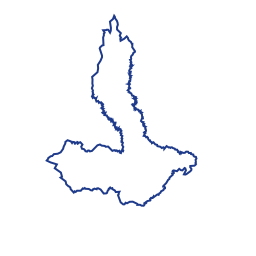 outline of Babahoyo, Los Rios, Ecuador, rotated 215°
{"feature_id": "8360857B44096543508351", "entity_name": "Babahoyo", "entity_type": "district", "adm_level": 2, "iso_a3": "ECU", "parent_name": "Ecuador", "parent_adm1": "Los Rios", "projection": "orthographic", "projection_center": [-79.421, -1.876], "detail": "fine", "context": "isolated", "style": "outline", "palette": "blue", "viewbox_px": 256, "rotation_deg": 215, "n_neighbors": 0, "source": "geoboundaries", "source_scale": "gbopen_adm2", "svg_char_len": 5884}
<svg xmlns="http://www.w3.org/2000/svg" viewBox="0 0 256 256"><g transform="rotate(215 128 128)"><path d="M124.4,147.2L125.8,147.5L125.6,148.3L126.4,147.9L126.5,148.5L127.1,148.4L127.5,149.1L127.7,148.5L129.0,148.7L128.9,148.2L130.5,148.8L131.9,148.2L132.2,147.4L132.6,148.0L133.2,147.2L133.6,148.4L134.1,148.0L134.4,148.7L137.4,149.4L137.4,150.0L137.9,150.0L137.7,150.4L136.1,150.5L136.3,151.1L135.6,151.6L136.5,152.4L135.9,152.8L136.5,153.2L135.8,153.8L136.6,154.1L136.5,154.7L137.3,154.5L137.7,155.4L138.0,154.8L138.4,155.4L139.3,155.4L138.6,155.8L139.0,156.3L138.6,156.9L139.2,156.8L139.3,157.8L141.0,157.2L141.1,156.9L142.0,157.5L143.2,156.9L145.2,158.2L147.2,157.8L147.6,158.4L148.3,158.0L148.5,158.6L149.4,159.2L149.8,159.0L149.7,160.5L149.2,161.3L150.1,161.4L149.8,162.0L150.5,162.1L152.0,164.4L153.0,164.1L152.6,164.6L153.0,165.1L152.2,165.4L153.6,166.4L153.9,167.4L153.2,167.8L154.1,169.6L154.9,169.8L154.8,170.4L155.4,170.8L155.0,171.4L156.4,172.0L155.9,172.6L157.5,172.5L157.5,173.4L156.9,173.6L158.3,173.6L157.7,174.3L158.4,174.7L157.8,175.1L158.0,175.6L158.5,175.2L159.8,175.4L160.2,177.2L159.6,179.0L160.5,179.6L160.3,180.9L161.1,180.0L161.4,181.2L161.0,182.0L161.7,182.2L162.1,181.3L162.4,182.6L163.4,183.1L163.1,183.9L165.2,185.0L164.7,185.4L165.2,186.7L166.2,187.6L166.6,189.1L166.2,190.8L166.7,192.7L166.0,194.0L166.3,194.9L170.9,196.6L172.6,199.3L172.9,199.0L175.0,200.2L177.2,200.2L178.7,200.8L179.6,201.7L181.6,202.3L182.3,198.9L184.1,195.2L185.3,196.4L185.7,197.2L185.4,197.9L187.7,198.9L188.3,201.6L193.4,202.4L194.9,204.4L195.5,206.7L197.0,208.3L198.7,209.5L201.4,210.4L202.6,211.6L203.7,212.0L202.8,208.6L203.8,204.8L199.4,200.2L197.9,197.8L197.4,195.8L200.5,197.1L201.7,196.4L202.0,195.7L204.4,193.8L201.8,192.7L201.9,191.3L201.0,190.3L200.3,187.9L195.6,181.8L196.5,180.8L197.1,178.1L196.8,176.9L190.8,172.4L189.9,171.1L189.1,167.4L188.9,162.4L186.7,159.8L185.0,156.2L186.7,149.3L184.9,147.4L182.7,144.0L181.0,142.4L180.4,139.9L178.0,138.4L177.9,137.4L177.0,136.9L176.8,136.3L175.5,135.7L175.9,135.1L175.5,134.8L175.7,133.3L174.4,132.6L174.4,133.3L174.0,132.9L173.4,133.6L172.7,133.3L172.0,133.7L171.3,133.3L171.1,134.1L170.7,132.8L169.0,131.6L168.0,133.0L166.3,132.0L166.1,132.8L164.9,132.9L164.7,133.6L162.5,133.2L162.9,132.5L161.9,132.4L162.1,131.4L160.6,131.1L161.2,129.2L159.6,129.5L160.0,128.9L159.7,128.7L157.3,128.2L157.8,125.9L156.6,125.8L155.2,127.5L154.7,125.1L152.5,126.1L151.2,125.2L150.2,125.5L149.7,124.8L148.6,125.3L149.2,124.1L148.5,123.9L147.3,124.5L146.7,125.5L145.5,123.6L144.8,124.2L144.9,125.5L143.2,124.0L141.3,125.2L140.8,124.1L141.6,123.0L141.4,122.0L140.4,122.7L139.0,121.2L138.1,121.8L137.8,119.9L137.4,121.8L136.7,121.3L136.7,120.1L136.2,120.4L135.8,122.0L135.4,120.7L134.8,120.3L134.5,121.1L134.9,122.5L133.2,122.7L132.7,121.9L131.7,121.8L131.9,120.0L131.2,119.4L130.2,119.8L129.7,118.0L128.0,118.2L127.4,115.9L126.5,115.9L126.1,114.1L125.3,113.9L125.4,112.9L123.7,112.9L123.1,110.7L121.0,109.8L120.4,107.3L119.0,106.9L118.8,106.3L120.1,106.3L119.8,105.2L120.5,104.7L119.6,104.2L119.4,103.4L120.3,103.2L120.4,104.1L121.3,103.9L122.1,104.3L122.5,103.4L123.4,103.3L123.4,102.8L124.6,103.0L125.2,102.0L126.0,102.3L126.7,101.8L127.7,100.3L133.6,101.4L135.6,99.8L136.7,100.0L139.4,98.5L141.5,98.4L143.1,96.3L144.4,88.5L145.8,87.0L147.0,87.2L147.8,86.6L148.0,85.2L149.5,84.6L149.8,85.0L152.1,85.4L153.8,84.6L155.6,85.9L155.8,88.3L158.9,89.0L159.9,87.6L160.7,87.5L160.0,86.7L160.2,86.3L161.5,87.2L162.3,86.1L162.4,85.0L161.9,84.2L163.9,85.6L165.2,85.0L165.2,83.6L167.0,84.3L170.5,83.3L171.3,80.7L170.5,79.4L170.0,75.9L169.2,73.7L169.2,69.5L170.8,66.6L173.7,64.1L174.0,61.6L175.1,60.5L176.1,57.7L175.8,57.1L175.9,54.7L171.7,55.4L165.4,57.4L164.9,53.0L157.4,53.0L154.1,50.2L154.8,48.7L148.5,48.5L146.3,46.5L143.3,46.1L142.2,46.4L140.9,46.0L139.9,45.0L135.4,44.0L135.4,45.5L134.2,45.6L133.8,47.4L130.7,49.5L130.4,52.6L129.4,52.8L129.0,54.0L128.0,53.8L125.1,55.6L122.7,55.7L121.5,56.3L121.4,58.6L121.1,58.0L120.8,59.0L118.5,59.9L118.7,60.8L117.9,61.5L115.1,61.9L110.3,60.4L108.3,62.0L108.0,62.7L108.7,65.2L108.4,66.6L108.9,67.1L108.5,69.0L107.3,68.7L106.4,69.7L105.6,69.0L102.9,69.3L101.3,68.5L98.5,70.8L98.4,69.7L97.5,68.1L97.7,67.3L91.4,62.9L88.1,62.7L87.1,63.5L87.1,65.4L85.6,65.8L84.3,68.5L81.8,70.4L76.8,71.2L76.2,71.0L76.1,70.5L74.1,72.0L72.3,72.2L70.6,73.3L70.5,74.6L71.5,75.7L71.2,76.3L70.8,76.1L70.2,76.6L70.1,77.2L70.8,77.6L70.2,79.3L68.2,81.4L68.3,82.0L69.2,82.5L69.1,83.9L68.1,84.5L68.1,85.1L67.6,85.1L67.3,86.1L67.6,86.7L67.1,86.6L65.8,90.5L64.6,90.8L64.9,92.3L64.3,93.5L64.6,95.1L63.4,97.4L63.7,98.4L63.1,99.8L63.6,100.6L64.7,100.7L65.6,100.2L65.8,100.6L65.1,104.8L65.4,108.6L64.9,109.9L65.5,111.3L64.5,115.4L65.8,116.1L64.7,117.5L65.7,118.4L66.7,118.3L66.7,118.8L66.2,119.5L63.1,120.7L62.6,123.9L60.5,123.8L59.1,124.5L58.7,127.7L57.9,127.8L56.3,126.6L55.6,122.1L54.4,122.7L53.7,123.7L52.1,128.4L52.0,129.9L52.6,130.9L54.6,131.6L55.2,132.6L52.0,135.2L51.6,136.5L51.6,137.5L52.7,138.0L52.8,139.0L54.4,140.7L54.4,142.2L55.8,143.3L57.2,142.6L58.4,142.8L59.3,143.7L61.4,142.8L62.2,143.6L63.8,142.4L65.2,143.0L66.8,142.0L67.2,140.3L68.6,139.2L70.0,139.0L70.0,137.5L71.1,138.2L71.2,136.8L72.3,137.5L73.2,137.1L73.5,137.9L74.4,137.8L75.2,138.4L77.0,137.4L77.8,137.9L79.7,137.3L80.7,137.4L81.6,136.9L81.8,136.1L82.9,136.0L83.4,135.4L86.0,135.3L86.3,131.7L87.0,132.6L88.0,132.5L88.8,131.0L90.7,131.2L93.5,130.0L94.5,130.9L96.3,130.2L98.9,130.9L99.7,129.3L100.4,130.0L101.6,129.7L102.5,130.3L102.6,129.9L104.9,130.4L106.1,131.5L107.2,131.7L107.7,130.8L109.2,131.3L110.6,130.6L110.9,132.8L111.9,133.3L111.1,133.9L112.0,134.5L111.4,135.1L111.7,136.1L112.9,137.3L113.4,137.2L114.2,138.6L115.2,138.6L114.8,139.1L116.2,139.0L116.4,139.5L117.1,139.1L117.7,139.8L117.5,140.5L118.1,140.3L118.7,141.7L120.0,140.9L121.4,141.2L122.1,144.1L121.4,144.5L122.3,145.4L122.7,145.1L124.4,147.2Z" fill="none" stroke="#1e3a8a" stroke-width="2"/></g></svg>